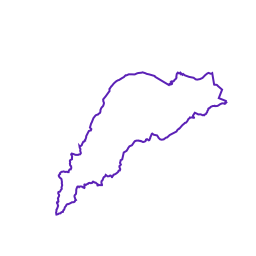 Salistea, Alba, Romania (Equal Earth projection), rotated 65°
{"feature_id": "2599482B46573733698849", "entity_name": "Salistea", "entity_type": "district", "adm_level": 2, "iso_a3": "ROU", "parent_name": "Romania", "parent_adm1": "Alba", "projection": "equal_earth", "projection_center": [23.436, 45.889], "detail": "fine", "context": "isolated", "style": "outline", "palette": "violet", "viewbox_px": 256, "rotation_deg": 65, "n_neighbors": 0, "source": "geoboundaries", "source_scale": "gbopen_adm2", "svg_char_len": 5863}
<svg xmlns="http://www.w3.org/2000/svg" viewBox="0 0 256 256"><g transform="rotate(65 128 128)"><path d="M146.3,28.0L145.4,28.4L144.8,27.9L139.3,33.1L133.0,26.5L128.1,28.7L126.8,29.1L126.3,29.5L125.6,30.7L125.3,31.4L125.1,31.6L113.9,28.5L114.0,29.3L113.7,30.2L112.1,31.7L112.1,33.1L112.7,35.6L114.1,39.3L114.1,42.0L113.4,44.8L112.5,46.1L110.2,47.3L107.5,51.0L104.2,54.3L102.4,55.2L102.8,56.1L99.0,57.5L101.5,56.9L101.6,57.3L100.7,57.5L100.0,58.8L98.9,59.4L99.2,60.0L99.3,60.5L99.7,61.0L102.2,62.7L102.5,62.6L103.2,63.1L103.7,64.0L104.1,65.5L104.8,66.6L104.9,67.5L104.2,68.5L104.1,69.1L104.4,69.8L105.8,69.2L106.2,69.2L106.7,69.6L106.7,70.4L106.4,71.7L105.8,71.4L105.1,71.2L105.4,71.5L106.3,72.8L93.2,81.7L92.1,81.9L91.4,82.7L88.4,86.1L86.9,88.1L85.5,89.3L83.7,91.3L83.6,92.3L83.1,93.8L82.5,95.5L82.3,96.7L82.3,99.2L79.7,104.5L79.6,107.3L79.2,107.9L80.1,110.2L80.3,112.8L80.5,113.8L80.4,114.0L80.7,115.3L80.7,116.0L80.5,116.8L80.6,117.5L80.6,118.7L80.9,119.5L81.1,120.4L81.7,122.2L83.1,125.0L83.2,125.6L83.8,126.5L84.8,128.3L85.1,128.3L85.4,128.6L86.0,128.8L86.9,129.3L87.3,130.3L89.9,134.9L91.5,138.3L91.7,138.5L92.3,138.6L93.0,139.0L93.5,139.1L94.6,139.1L95.3,139.3L95.9,139.7L97.4,141.1L97.9,142.1L98.2,143.1L98.9,144.1L100.0,145.3L100.3,145.5L100.9,145.7L101.9,146.4L102.5,147.1L102.7,148.5L102.8,149.0L103.1,149.4L102.8,151.4L103.0,152.3L104.4,155.1L107.7,158.6L108.3,159.5L111.5,162.3L113.5,161.7L114.5,162.7L114.3,163.2L114.2,164.8L117.8,169.4L118.7,169.8L120.2,171.2L120.7,172.1L120.9,172.1L121.4,172.2L121.4,173.1L121.7,173.4L121.8,173.8L121.6,174.4L123.1,176.3L124.1,177.3L124.5,179.4L123.8,179.6L125.5,180.1L126.9,180.0L127.3,180.2L127.8,180.6L128.6,181.0L130.8,181.3L131.6,182.5L131.2,184.0L131.3,184.5L130.2,186.8L129.7,187.4L129.0,188.0L128.4,188.6L128.4,188.8L127.4,189.7L127.7,190.5L128.0,190.7L128.5,190.2L129.2,190.6L130.1,190.7L130.5,190.8L130.9,191.2L131.3,191.3L131.7,191.6L132.4,191.8L132.6,191.9L132.7,192.3L132.7,193.8L132.9,194.3L133.1,194.5L133.5,194.6L133.8,194.8L134.7,194.9L135.8,195.8L136.6,195.9L137.0,196.1L137.6,196.2L138.6,195.7L139.3,196.0L140.1,196.2L140.3,196.3L141.3,197.4L140.9,198.1L140.9,198.4L141.7,199.7L142.9,200.5L142.6,201.2L142.0,201.7L141.8,202.0L141.4,202.9L141.3,203.6L140.5,204.3L140.1,204.8L140.0,205.3L140.0,205.8L139.6,206.8L139.8,207.6L140.3,208.9L141.0,209.0L141.6,210.7L141.9,210.9L142.2,211.0L143.1,211.0L144.6,210.6L145.6,210.0L146.4,209.9L146.8,210.1L148.4,210.5L149.3,210.8L149.9,211.3L152.0,211.8L153.8,213.4L154.8,213.6L155.3,213.9L155.8,215.1L156.9,216.4L156.9,216.9L156.6,218.0L157.2,218.6L157.8,218.9L158.3,218.9L159.2,218.7L160.0,218.9L160.6,219.4L161.0,219.8L161.6,220.6L162.0,221.2L162.3,221.3L162.9,221.3L163.2,221.4L163.7,221.8L165.2,222.1L165.3,222.2L165.6,222.9L165.3,223.7L165.7,224.0L166.2,224.1L167.4,223.9L168.1,224.2L169.0,224.2L171.3,226.5L171.7,227.3L173.1,228.0L174.4,229.0L175.0,229.1L176.2,229.5L176.3,229.3L176.3,229.0L176.3,228.8L176.5,228.1L176.5,227.7L176.3,226.8L176.3,226.5L176.7,225.6L176.8,225.2L176.2,224.1L176.2,223.6L176.5,222.4L175.9,222.0L175.2,221.3L175.1,221.1L175.1,220.5L174.1,219.5L173.2,218.8L172.6,217.5L172.5,217.3L172.1,216.7L171.8,216.5L171.5,215.9L171.4,215.5L171.4,215.0L171.7,214.5L171.8,213.6L171.8,212.5L171.7,210.6L171.6,210.2L172.3,208.6L172.3,208.0L172.2,207.5L171.8,206.9L171.4,206.6L171.3,205.6L170.0,205.8L168.7,205.6L168.2,205.6L167.3,205.4L166.9,205.2L166.3,204.5L165.9,203.3L165.6,202.9L163.4,201.6L162.4,201.2L161.1,200.2L160.3,199.2L159.8,198.7L159.8,198.2L159.9,197.9L160.5,197.4L160.9,197.3L160.7,196.8L160.6,196.7L161.1,195.2L161.4,195.0L162.1,194.1L163.0,193.8L163.9,192.9L163.7,192.6L161.1,191.6L160.9,191.5L160.8,191.3L161.0,191.0L161.2,190.7L161.5,190.7L161.8,190.3L161.5,188.2L161.7,187.6L161.3,187.1L161.4,186.3L161.6,185.8L162.1,185.4L162.5,184.3L162.6,184.0L162.5,183.3L161.9,182.8L161.8,182.7L161.8,182.4L161.9,182.2L162.3,181.9L163.5,181.1L163.8,180.4L164.9,180.0L165.9,179.4L166.9,179.9L167.2,179.9L167.3,179.7L167.4,179.3L167.0,178.7L167.5,178.2L167.9,177.7L168.8,175.7L168.7,175.6L167.8,175.4L166.7,175.4L165.2,174.6L164.9,174.3L164.8,173.7L164.6,173.2L164.0,172.7L163.6,172.1L162.7,171.3L162.3,170.6L162.3,169.8L162.2,169.4L162.0,169.1L161.1,168.0L163.1,167.0L163.3,166.7L163.7,165.5L163.5,164.3L163.8,163.8L164.2,163.6L165.7,163.4L165.8,163.2L165.5,162.9L165.0,161.9L164.2,160.8L164.4,160.4L164.4,159.6L164.4,159.1L164.2,157.5L163.6,155.5L163.5,155.2L162.9,154.8L162.7,154.5L162.7,154.0L162.8,153.7L163.0,153.3L162.0,152.4L159.8,152.3L158.9,151.9L158.6,150.7L158.1,149.9L156.3,150.0L154.9,148.8L154.1,148.3L154.0,146.5L148.4,142.2L148.1,139.0L147.0,137.2L146.3,136.4L145.2,134.4L145.3,131.7L143.1,128.0L142.8,127.2L143.0,126.7L142.9,125.9L143.0,125.8L143.9,123.6L144.2,123.5L144.3,123.4L144.4,123.1L144.7,122.8L144.9,122.4L145.1,122.3L145.1,121.9L145.9,121.2L146.6,120.8L147.1,120.2L147.1,119.9L147.3,119.3L147.3,118.5L147.3,117.9L147.1,117.5L146.8,117.0L146.6,116.9L146.1,116.6L146.1,115.7L146.3,115.3L147.9,114.5L148.0,113.8L146.4,112.0L145.9,111.8L144.8,110.4L143.5,109.1L143.3,108.4L145.0,107.5L147.0,104.8L148.8,104.5L149.7,104.5L151.8,103.7L152.8,102.5L153.3,100.9L153.4,100.2L153.1,99.5L153.1,98.9L152.9,98.0L152.8,97.4L153.1,96.5L152.0,93.2L151.7,85.6L150.6,83.9L150.1,82.0L150.3,81.8L148.4,77.5L147.7,74.9L147.4,74.3L147.7,73.4L147.0,71.6L145.3,69.3L145.2,68.3L144.6,67.4L145.1,66.9L145.2,66.0L146.6,64.0L146.6,63.8L146.4,63.7L145.1,64.2L144.7,64.0L144.2,63.8L142.4,61.0L144.9,58.9L145.4,58.6L146.2,56.6L147.0,55.7L147.9,55.1L148.3,54.2L148.2,53.8L148.6,53.5L148.2,52.7L148.3,52.0L148.1,51.1L147.7,50.8L147.1,49.6L146.0,48.7L145.2,47.3L144.6,47.2L144.3,46.7L144.3,45.0L143.8,44.2L143.9,41.8L144.5,40.5L144.5,40.0L145.0,39.8L145.7,38.0L145.8,37.2L145.7,36.3L145.4,34.5L145.4,32.5L145.6,31.9L146.2,30.9L146.8,30.3L146.4,29.7L146.9,29.3L146.7,29.0L146.3,28.0Z" fill="none" stroke="#5b21b6" stroke-width="2"/></g></svg>